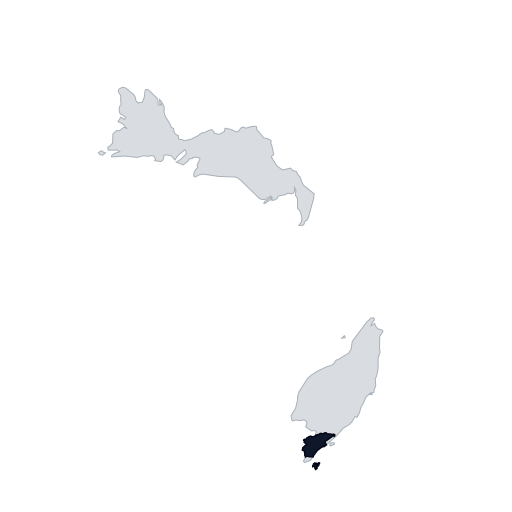 Kedah highlighted on a map of Malaysia, rotated 239°
{"feature_id": "MYS-1140", "entity_name": "Kedah", "entity_type": "State", "adm_level": 1, "iso_a3": "MYS", "parent_name": "Malaysia", "parent_adm1": "", "projection": "natural_earth1", "projection_center": [100.502, 5.804], "detail": "fine", "context": "in_parent", "style": "filled", "palette": "ink", "viewbox_px": 512, "rotation_deg": 239, "n_neighbors": 0, "source": "natural_earth", "source_scale": "10m", "svg_char_len": 6418}
<svg xmlns="http://www.w3.org/2000/svg" viewBox="0 0 512 512"><g transform="rotate(239 256 256)"><path d="M433.2,254.4L430.5,253.8L426.7,251.2L422.8,250.2L411.7,250.2L410.1,249.4L407.9,250.9L404.0,249.6L401.8,249.7L399.3,251.4L395.8,249.9L394.1,252.3L391.9,253.8L389.5,260.3L389.0,268.0L389.5,272.7L388.4,275.3L387.9,280.7L387.1,283.1L383.9,284.1L382.6,283.3L379.8,286.6L379.1,288.0L379.0,293.2L381.2,294.9L381.1,296.0L376.6,300.3L372.6,302.9L372.0,305.1L373.6,309.7L372.9,311.9L370.8,313.0L369.3,318.9L367.4,322.6L366.7,323.0L363.9,321.8L353.3,323.5L350.3,326.6L347.2,328.5L344.9,326.6L343.7,326.8L333.8,323.5L333.4,320.6L332.4,320.1L322.2,320.3L315.9,323.3L313.6,330.8L310.2,331.6L307.7,334.1L303.3,333.9L300.6,334.5L296.3,333.3L292.3,333.1L279.3,337.9L275.1,334.5L262.5,321.2L260.7,318.9L260.3,314.8L258.9,314.1L258.4,313.0L258.2,311.8L260.1,308.5L262.1,312.8L265.3,315.1L270.7,316.8L275.8,316.3L282.9,320.6L285.3,321.3L287.7,321.0L292.2,324.3L294.9,324.4L291.3,322.1L290.7,320.3L291.0,318.4L293.4,315.8L293.7,311.7L295.5,307.6L295.9,305.7L294.6,304.2L294.3,301.7L295.3,298.2L297.7,300.0L299.7,299.6L299.7,293.2L301.2,290.4L303.6,288.5L327.8,282.2L331.8,280.7L334.5,278.8L343.2,265.3L353.6,252.6L355.0,248.1L354.9,244.9L355.5,244.2L356.6,243.8L358.9,245.4L360.1,246.6L362.3,252.1L364.3,252.3L367.7,257.5L368.5,258.1L369.5,257.8L372.2,254.5L372.9,252.0L372.3,251.6L373.6,248.8L372.5,247.0L371.5,240.6L377.5,236.0L377.6,241.3L379.4,248.9L382.4,249.9L384.0,249.5L383.1,247.2L382.8,242.7L382.0,239.8L380.0,236.0L385.1,235.2L389.0,231.1L389.6,228.6L387.1,227.1L386.1,225.1L386.0,223.0L390.0,218.2L390.5,219.6L393.0,220.0L394.2,219.9L396.0,218.0L396.8,215.2L399.9,211.2L401.6,205.0L409.2,195.1L415.3,183.2L416.5,184.2L416.9,187.3L415.6,192.9L418.3,191.6L422.9,183.8L425.6,185.0L425.5,187.2L426.6,191.1L434.3,196.3L435.4,201.3L433.7,203.3L434.4,208.2L433.8,209.7L431.3,211.1L438.2,209.7L442.2,206.9L444.7,211.7L440.7,213.6L441.6,215.6L445.3,214.4L447.6,212.8L449.9,213.1L453.4,215.1L454.5,216.2L455.2,218.5L457.8,219.4L463.1,222.6L467.9,222.6L469.6,224.2L469.5,228.5L467.0,230.9L457.0,234.4L454.3,234.3L450.6,233.0L448.0,233.7L446.4,237.8L449.4,241.8L454.7,246.0L455.4,247.1L454.4,249.1L442.6,252.4L440.2,252.1L435.8,250.1L433.2,254.4ZM52.7,197.1L54.0,191.3L55.8,191.0L57.6,194.3L63.8,196.9L65.7,196.1L66.5,196.6L67.4,197.5L69.1,202.0L73.1,202.1L73.5,209.3L71.7,212.1L71.5,214.0L74.4,217.4L76.0,216.6L77.5,213.5L84.0,210.6L86.7,213.8L89.1,213.8L90.9,212.6L92.3,208.7L94.9,205.8L95.9,202.1L99.6,203.1L101.1,203.9L105.3,211.7L110.9,217.2L115.1,220.2L117.6,223.2L124.5,237.2L125.4,241.8L125.7,248.8L124.7,259.3L123.4,264.5L123.6,267.0L125.4,270.8L124.9,274.4L125.1,285.6L127.2,289.6L133.2,294.5L142.1,316.2L143.6,322.3L142.8,324.6L141.2,325.2L139.9,324.0L139.0,321.1L136.9,318.7L137.2,322.9L133.4,322.4L130.7,323.1L127.5,326.0L126.0,326.1L123.3,320.6L113.3,314.4L109.6,312.8L105.7,308.1L96.9,302.9L91.3,297.8L88.9,294.7L83.2,291.9L80.8,288.7L78.4,286.8L79.6,283.7L78.4,277.6L74.4,272.0L72.4,268.2L68.7,264.3L65.7,259.6L67.4,258.1L64.5,253.0L63.5,249.3L63.5,242.2L60.4,232.4L57.8,218.6L58.3,213.8L57.6,208.6L52.7,197.1ZM423.2,178.7L421.9,180.1L421.5,176.4L423.2,174.5L425.8,174.1L425.9,177.4L425.3,178.3L423.2,178.7ZM46.8,196.5L48.3,199.2L47.2,200.7L46.3,200.3L44.5,201.6L42.6,199.0L42.4,197.7L44.7,197.9L46.8,196.5ZM298.5,298.7L297.8,299.0L296.8,298.1L296.5,290.5L297.2,289.8L298.2,291.3L298.5,298.7ZM57.5,223.1L55.9,226.7L54.3,226.3L54.6,222.2L55.5,221.7L57.5,223.1ZM439.9,254.0L436.9,254.5L434.8,254.4L435.1,252.4L436.1,252.1L439.9,254.0ZM142.2,290.7L140.5,290.8L140.1,289.8L141.4,287.2L142.2,290.7ZM78.9,284.2L77.8,284.7L77.9,283.1L78.7,282.2L78.9,284.2Z" fill="#d9dde1" stroke="#a8b0b8" stroke-width="1"/><path d="M58.3,194.9L58.6,195.0L59.0,195.2L59.4,195.2L60.0,195.2L60.3,195.3L61.0,195.8L61.4,196.1L62.7,196.5L63.5,196.9L63.9,197.0L64.2,196.9L65.6,195.8L66.0,195.8L66.0,196.5L66.3,196.9L66.5,196.9L67.0,196.9L67.5,197.3L67.7,197.8L67.7,199.0L67.8,199.2L67.9,199.5L68.1,200.0L68.1,200.5L68.0,200.9L68.0,201.7L68.1,201.9L68.3,202.2L68.5,202.1L69.0,202.0L69.9,202.3L70.3,202.1L70.9,201.4L71.3,201.3L72.0,202.0L72.4,202.1L73.4,201.9L73.7,202.0L73.8,202.3L73.9,202.8L73.8,203.5L73.6,203.7L73.4,203.8L73.1,204.2L73.0,204.8L73.4,205.2L73.8,205.6L73.9,206.1L73.8,207.0L73.8,208.5L73.6,209.3L73.6,209.8L73.4,210.2L73.0,210.4L72.6,210.5L72.2,210.8L71.3,212.9L71.2,213.2L71.1,213.5L71.2,213.8L71.3,214.0L71.2,214.0L70.9,214.1L71.0,214.5L71.2,214.9L71.4,215.1L71.5,215.1L71.5,215.4L71.2,216.8L71.1,217.0L70.9,217.2L70.8,217.4L70.6,217.6L70.4,217.8L70.3,218.0L70.4,218.3L70.5,218.4L70.7,218.5L70.8,218.6L70.8,218.8L70.8,219.3L70.8,219.5L70.7,219.6L70.7,219.9L70.5,220.3L70.4,220.5L70.1,220.8L69.9,220.9L69.7,220.8L69.5,221.0L69.4,221.3L69.1,221.7L69.1,222.7L69.0,222.9L69.0,223.1L69.0,223.3L68.9,224.1L68.8,224.4L68.7,224.5L68.4,224.9L68.3,225.0L68.0,225.1L67.5,225.3L66.7,225.4L66.6,225.5L66.4,226.0L66.3,226.3L66.2,226.4L66.1,226.6L65.6,227.0L65.4,227.2L65.3,227.6L65.2,228.0L63.5,229.8L63.4,230.0L63.3,230.4L63.3,230.5L63.2,230.5L62.9,230.8L62.6,231.3L62.4,231.4L62.1,231.4L61.9,231.3L61.7,231.1L61.4,231.0L61.3,230.8L61.1,230.1L61.8,230.2L62.0,230.2L62.3,230.0L62.3,229.9L61.9,226.8L61.5,221.6L61.6,220.1L61.6,219.9L61.7,219.6L61.4,219.4L61.0,219.3L57.8,219.1L57.8,218.7L57.6,216.6L57.8,216.7L58.1,216.7L58.3,216.7L58.5,216.6L58.5,216.3L58.4,216.2L58.2,216.1L58.1,215.9L58.3,213.0L57.7,207.9L57.5,207.5L57.2,207.0L57.0,206.4L56.6,205.3L55.8,203.7L55.5,202.6L55.2,202.3L54.5,201.7L54.4,201.6L54.6,201.4L54.7,201.1L54.7,200.9L54.8,200.7L57.2,197.5L57.4,197.3L57.9,196.9L58.0,196.8L58.1,196.7L58.3,195.6L58.3,195.4L58.3,194.9ZM48.0,199.0L48.2,199.4L48.3,199.6L48.3,199.9L48.1,200.0L47.8,200.1L47.6,200.3L47.3,200.5L47.2,200.9L46.8,200.6L46.7,200.0L46.3,200.0L45.9,200.2L45.6,200.7L45.3,201.1L44.9,201.1L44.7,201.4L44.4,201.5L44.2,201.6L43.9,200.4L44.1,200.0L44.0,199.3L43.6,199.2L43.1,199.0L42.7,199.1L42.5,198.7L42.4,198.3L42.4,197.2L42.9,197.4L43.3,197.2L44.1,197.3L44.4,197.5L45.1,197.6L45.5,197.5L45.8,197.2L46.1,196.8L46.3,196.7L46.6,196.7L46.5,196.3L46.9,196.5L47.0,197.0L47.2,197.4L47.5,197.6L47.9,197.9L47.9,198.1L48.0,198.2L48.2,198.4L48.1,198.7L48.0,199.0ZM45.5,202.1L45.8,201.3L46.3,201.1L46.6,200.8L46.6,201.2L46.5,201.4L46.3,201.7L46.3,202.0L46.3,202.6L46.4,203.0L46.3,203.4L46.1,203.8L45.9,203.9L45.5,203.5L45.4,203.1L45.2,203.1L45.0,202.6L45.5,202.1Z" fill="#0f172a" stroke="#020617" stroke-width="1.5"/></g></svg>